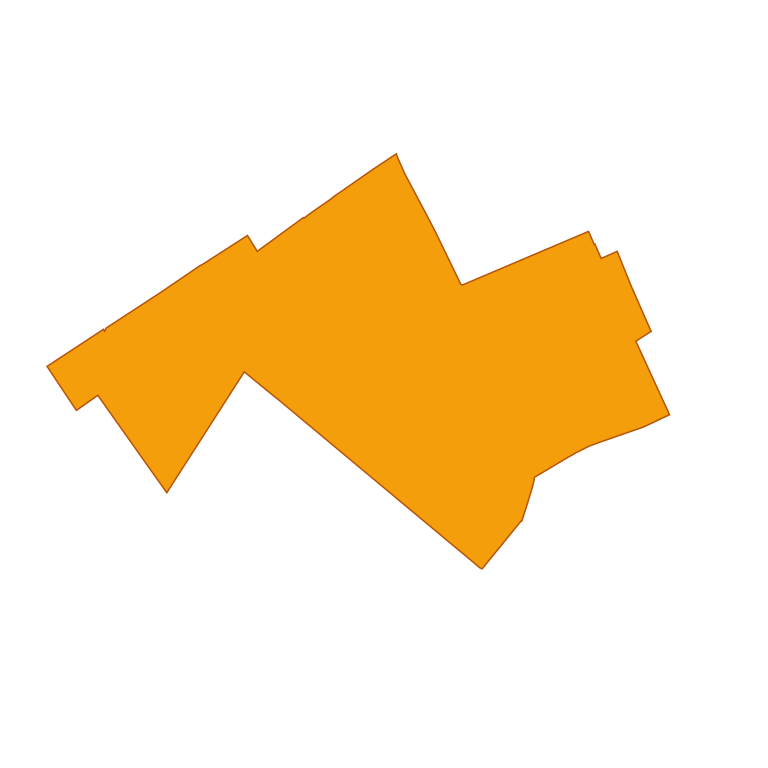 Visina, Olt, Romania, rotated 55°
{"feature_id": "2599482B5784370948640", "entity_name": "Visina", "entity_type": "district", "adm_level": 2, "iso_a3": "ROU", "parent_name": "Romania", "parent_adm1": "Olt", "projection": "orthographic", "projection_center": [24.468, 43.858], "detail": "fine", "context": "isolated", "style": "filled", "palette": "amber", "viewbox_px": 768, "rotation_deg": 55, "n_neighbors": 0, "source": "geoboundaries", "source_scale": "gbopen_adm2", "svg_char_len": 1262}
<svg xmlns="http://www.w3.org/2000/svg" viewBox="0 0 768 768"><g transform="rotate(55 384 384)"><path d="M591.1,410.0L591.7,409.5L590.6,405.8L580.4,369.8L577.6,360.0L574.9,350.4L575.4,349.8L565.3,336.5L562.8,333.3L554.1,322.2L548.4,315.6L546.8,314.5L546.7,314.0L548.2,294.2L549.6,274.6L549.7,274.3L549.9,272.5L550.4,266.2L552.6,251.3L555.7,239.7L567.8,197.0L567.9,196.3L568.0,195.9L568.1,195.4L568.3,194.9L571.5,175.9L572.6,169.5L573.0,167.7L564.7,166.2L493.5,153.2L493.6,148.5L494.1,135.0L445.9,125.4L409.1,116.9L405.7,134.1L390.3,131.0L390.1,131.7L376.3,128.9L347.9,262.8L346.6,263.9L311.0,258.2L289.5,254.7L269.2,252.0L224.5,246.5L210.6,243.8L206.6,243.0L202.5,241.9L202.4,245.3L201.8,270.0L201.7,319.1L202.0,320.3L202.0,321.6L201.9,344.8L202.2,353.9L202.3,354.5L201.4,354.7L202.5,407.4L202.8,411.7L184.0,410.7L182.4,452.1L181.9,464.3L181.5,466.9L181.2,489.3L181.0,503.8L181.0,504.7L181.0,507.4L181.0,508.7L180.9,513.5L180.8,517.4L180.6,522.9L178.8,579.2L180.5,582.6L178.3,582.4L177.5,609.2L176.8,632.5L176.6,638.4L176.4,647.0L176.3,649.9L200.5,650.5L229.2,651.1L229.1,624.9L257.0,624.8L348.5,624.3L293.9,491.5L332.5,480.7L333.4,480.3L545.6,422.8L576.4,414.4L586.0,411.9L589.4,411.0L591.1,410.0Z" fill="#f59e0b" stroke="#b45309" stroke-width="1.5"/></g></svg>